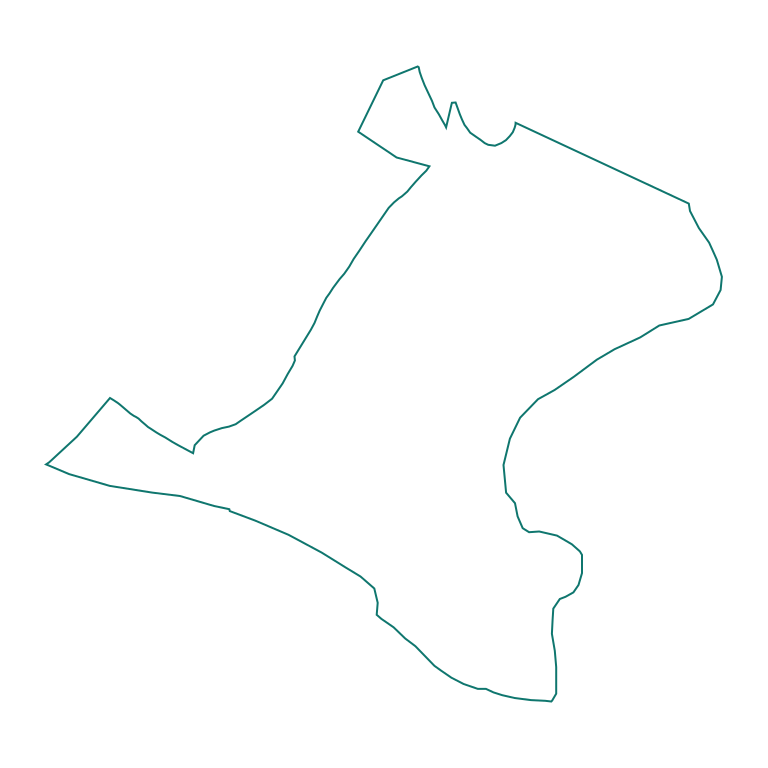 Marisule/East Winds, Gros Islet, Saint Lucia (Mercator projection)
{"feature_id": "8701671B58662152175879", "entity_name": "Marisule/East Winds", "entity_type": "district", "adm_level": 2, "iso_a3": "LCA", "parent_name": "Saint Lucia", "parent_adm1": "Gros Islet", "projection": "mercator", "projection_center": [-60.969, 14.054], "detail": "fine", "context": "isolated", "style": "outline", "palette": "teal", "viewbox_px": 768, "rotation_deg": 0, "n_neighbors": 0, "source": "geoboundaries", "source_scale": "gbopen_adm2", "svg_char_len": 2228}
<svg xmlns="http://www.w3.org/2000/svg" viewBox="0 0 768 768"><path d="M688.8,203.6L515.6,122.8L515.5,124.8L514.6,127.9L512.8,132.2L509.8,136.1L506.0,140.1L501.3,143.1L495.0,145.7L488.2,144.8L484.7,143.1L480.7,140.0L476.2,136.9L470.2,132.7L466.9,128.0L464.5,124.9L461.9,119.3L459.8,114.2L457.9,108.9L455.6,102.5L451.9,102.8L451.4,104.8L446.1,127.4L445.1,125.3L442.3,120.5L438.8,114.2L434.5,107.5L432.0,100.9L427.8,92.0L424.6,85.2L421.7,77.8L419.7,72.0L418.7,67.2L417.7,66.5L383.2,80.3L358.2,131.7L396.6,157.5L429.4,166.3L426.3,170.7L421.4,175.5L415.7,181.7L410.8,187.3L407.3,191.6L401.8,196.4L398.9,198.3L394.1,202.3L388.8,207.7L370.7,233.9L365.6,241.2L359.2,250.9L353.7,258.9L349.2,266.7L344.2,273.8L339.6,279.1L333.1,287.8L329.5,293.4L326.3,297.8L323.5,303.2L319.7,310.6L317.1,316.6L314.5,323.0L310.9,329.7L294.5,356.4L294.9,360.5L292.6,365.8L287.6,374.2L282.7,383.3L276.8,391.9L272.1,398.7L264.2,404.8L251.0,413.8L240.3,421.0L235.7,424.2L229.0,426.6L221.9,428.1L214.2,430.6L209.9,432.4L203.6,435.7L194.7,445.2L193.1,453.2L180.2,446.3L177.6,444.9L172.3,441.9L165.3,437.5L160.3,434.8L156.3,432.4L150.7,428.7L148.0,427.0L145.4,424.7L141.4,421.3L138.6,418.6L135.9,416.9L133.9,415.9L130.3,413.5L119.9,404.6L118.0,403.1L113.3,400.0L110.0,398.0L76.9,436.7L49.2,462.3L46.1,464.4L69.1,474.1L109.8,485.9L152.2,492.6L179.9,496.0L214.1,506.0L229.3,509.2L229.8,511.1L255.2,520.6L288.5,534.8L321.7,552.6L345.5,567.4L360.5,576.5L374.3,588.5L377.7,602.8L376.7,614.8L381.4,618.9L393.6,627.3L405.2,638.5L415.4,646.2L434.4,665.8L441.2,670.7L451.4,677.7L463.6,684.0L477.9,688.9L486.0,688.9L493.5,692.4L502.3,695.2L514.6,698.0L530.9,700.1L545.2,700.8L551.3,701.5L552.2,700.5L556.2,693.7L556.2,680.4L556.2,667.1L554.8,650.8L551.9,633.8L552.6,619.7L553.3,608.6L559.8,599.0L565.5,596.8L573.4,592.4L578.5,585.0L582.0,573.1L582.0,561.3L582.0,554.9L579.9,551.4L571.9,544.3L557.0,535.6L539.2,531.5L529.1,532.2L522.7,528.2L517.6,516.4L515.0,503.2L506.1,492.7L503.5,465.0L509.9,438.7L520.1,417.7L538.0,399.2L554.6,390.0L573.8,376.8L596.8,359.7L614.6,349.2L640.2,337.4L659.3,325.5L688.7,318.9L713.0,304.4L720.6,290.0L721.9,276.8L716.8,259.7L713.2,251.6L709.1,242.6L698.9,228.1L690.0,211.0L688.8,203.6Z" fill="none" stroke="#0f766e" stroke-width="2"/></svg>